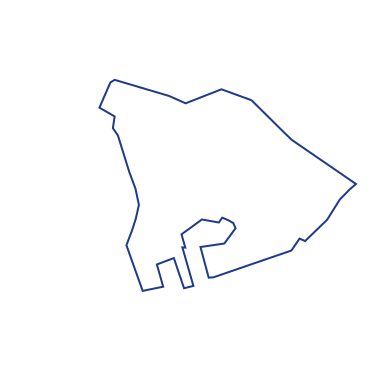 Dong-gu [East District], Busan, South Korea (Albers equal-area conic projection), rotated 35°
{"feature_id": "91817680B24548286345957", "entity_name": "Dong-gu [East District]", "entity_type": "district", "adm_level": 2, "iso_a3": "KOR", "parent_name": "South Korea", "parent_adm1": "Busan", "projection": "albers", "projection_center": [129.049, 35.126], "detail": "fine", "context": "isolated", "style": "outline", "palette": "blue", "viewbox_px": 384, "rotation_deg": 35, "n_neighbors": 0, "source": "geoboundaries", "source_scale": "gbopen_adm2", "svg_char_len": 692}
<svg xmlns="http://www.w3.org/2000/svg" viewBox="0 0 384 384"><g transform="rotate(35 192 192)"><path d="M321.7,91.4L243.8,92.1L229.6,89.8L188.1,82.7L157.2,91.0L135.9,123.0L118.1,126.5L64.3,144.5L62.3,149.1L67.8,176.0L85.3,174.5L90.6,185.1L98.9,188.2L129.3,211.7L143.7,221.6L155.9,233.0L161.2,245.9L165.0,258.1L168.8,273.2L208.3,301.3L222.7,286.1L204.8,271.5L215.0,256.5L240.7,275.4L247.0,268.1L215.9,242.9L218.4,241.4L207.7,232.7L215.9,208.8L231.5,201.6L231.5,195.7L237.8,194.3L243.6,193.8L248.5,196.7L248.0,215.7L230.5,232.2L254.8,252.6L258.4,249.7L307.0,182.9L306.8,168.5L312.8,167.3L318.6,137.2L317.4,113.5L319.7,99.3L321.7,91.4Z" fill="none" stroke="#1e3a8a" stroke-width="2"/></g></svg>